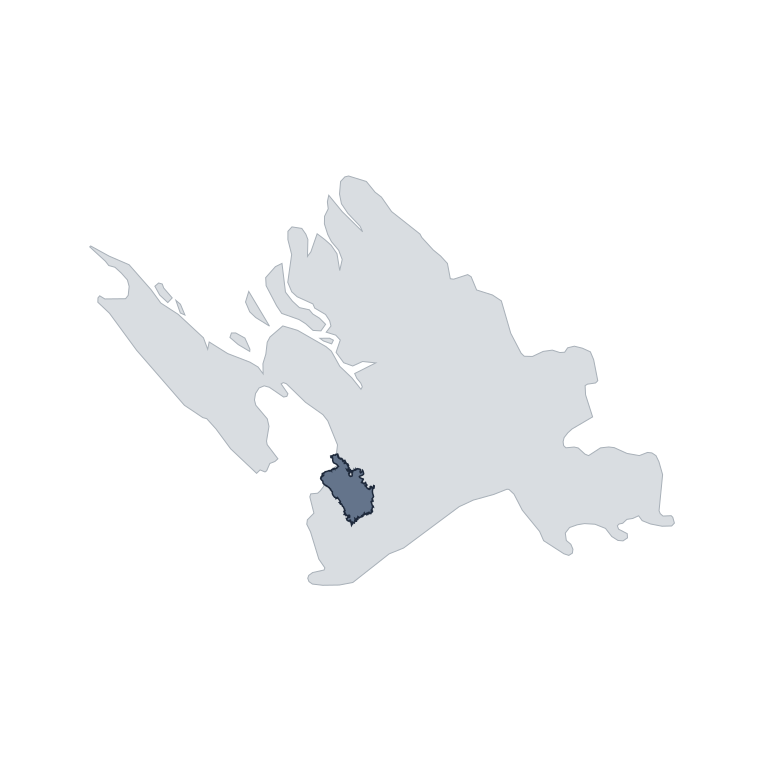 location of Habiganj, Sylhet, Bangladesh, rotated 145°
{"feature_id": "16705992B7772300815487", "entity_name": "Habiganj", "entity_type": "district", "adm_level": 2, "iso_a3": "BGD", "parent_name": "Bangladesh", "parent_adm1": "Sylhet", "projection": "natural_earth1", "projection_center": [91.398, 24.335], "detail": "fine", "context": "in_parent", "style": "filled", "palette": "slate", "viewbox_px": 768, "rotation_deg": 145, "n_neighbors": 0, "source": "geoboundaries", "source_scale": "gbopen_adm2", "svg_char_len": 9743}
<svg xmlns="http://www.w3.org/2000/svg" viewBox="0 0 768 768"><g transform="rotate(145 384 384)"><path d="M278.9,538.6L278.9,520.9L268.5,486.2L269.0,482.4L266.8,465.6L264.2,456.3L262.9,446.4L269.3,432.2L266.8,429.9L252.7,425.6L251.1,421.9L254.2,407.9L244.1,394.7L240.2,384.8L251.1,352.8L254.0,330.6L253.2,326.3L246.6,321.4L234.9,319.4L226.7,315.2L221.9,308.9L217.8,306.4L212.8,308.3L206.4,305.8L201.0,299.6L196.5,292.0L198.3,283.7L207.0,264.1L210.1,263.5L217.5,267.2L220.2,267.3L225.1,259.5L232.0,237.4L255.6,239.3L261.3,238.6L267.2,236.8L270.4,234.0L272.2,230.5L271.6,227.4L264.4,223.3L261.6,220.2L259.6,211.3L257.5,208.0L243.3,207.5L236.0,203.5L231.9,199.8L224.8,187.8L215.9,178.9L207.4,176.8L204.1,173.9L202.3,169.3L203.4,162.6L207.8,149.9L231.4,122.4L232.1,119.3L231.2,115.8L224.3,111.4L223.9,109.2L225.9,103.5L229.8,102.7L237.8,108.0L246.0,116.5L250.9,124.0L251.0,130.0L257.4,131.2L262.7,133.8L268.3,133.0L271.8,134.5L274.2,134.0L275.1,130.5L270.6,121.9L272.8,118.3L278.2,118.4L282.1,121.7L284.9,128.4L285.4,138.7L291.6,148.1L299.9,154.7L306.4,157.8L314.3,160.0L321.0,157.9L324.4,151.3L322.9,145.5L324.0,140.3L326.7,137.4L330.9,137.6L334.0,141.7L343.1,164.1L341.1,174.0L343.1,201.2L340.7,219.2L342.1,226.0L343.7,227.3L357.5,230.6L377.5,237.7L392.8,240.4L462.0,238.4L477.2,241.9L523.4,239.3L536.0,245.0L549.7,254.3L557.4,261.2L558.8,265.2L557.9,268.6L555.4,270.4L550.6,270.5L539.8,266.0L537.9,267.3L537.8,278.0L529.0,305.0L527.7,313.4L524.7,316.7L515.5,318.4L509.5,334.1L507.0,336.0L501.0,332.6L497.3,333.1L492.6,334.6L487.9,338.2L484.6,342.7L481.0,344.3L468.0,344.0L465.5,351.3L457.0,360.8L451.2,386.1L451.6,393.9L458.8,414.0L463.8,440.2L465.7,442.9L468.2,443.1L468.3,431.1L470.7,429.6L473.7,430.9L479.8,447.1L483.2,451.2L488.6,452.4L494.7,449.9L499.3,445.2L501.2,440.1L499.6,422.4L502.5,415.3L513.0,404.6L514.5,401.3L513.8,383.6L517.8,383.1L523.1,384.4L529.9,380.2L531.9,380.2L534.8,384.7L539.6,383.9L546.8,418.9L547.4,443.6L549.1,457.3L551.7,460.4L559.7,481.0L567.3,553.5L568.3,599.4L571.5,615.1L568.9,618.6L566.3,619.3L563.9,613.8L546.8,602.1L542.7,603.3L536.8,610.1L534.5,616.4L535.5,625.2L537.4,633.9L541.5,638.9L541.8,644.4L546.4,665.1L545.1,665.3L535.8,646.4L524.4,627.9L520.7,594.7L520.4,578.3L512.6,559.0L505.4,525.4L508.5,513.6L503.1,518.7L494.6,498.6L481.3,478.8L477.4,470.1L477.2,461.6L471.5,470.1L463.7,476.2L455.7,485.2L450.4,487.9L433.6,489.6L424.0,477.5L410.1,447.9L408.3,441.2L410.1,423.8L406.8,407.4L405.9,392.9L403.4,394.1L402.5,398.1L403.0,404.2L402.0,409.4L378.6,406.0L388.6,414.7L399.3,416.7L404.8,424.5L405.1,437.4L394.6,445.1L395.5,451.7L401.6,459.6L394.2,461.9L392.2,467.1L392.0,474.5L397.2,485.9L396.3,490.4L405.1,505.3L406.7,512.4L404.5,522.5L385.4,543.0L379.9,557.4L375.1,564.2L369.3,565.5L362.1,558.6L362.1,551.6L363.5,546.0L373.5,532.4L368.1,534.2L352.6,545.4L349.7,536.4L347.7,528.0L347.8,517.7L355.2,502.3L346.8,510.0L344.4,519.6L345.4,530.8L344.3,538.8L341.0,549.3L336.5,555.5L329.2,559.5L325.9,565.7L321.0,570.3L319.4,549.2L314.2,520.9L313.1,526.9L315.7,544.6L315.5,556.0L311.5,565.1L303.4,574.8L297.3,576.1L293.7,574.7L282.3,560.0L281.3,546.2L278.9,538.6ZM419.9,539.0L405.7,542.4L398.4,541.3L412.0,515.8L411.5,504.4L409.5,495.1L402.6,487.6L402.2,482.2L399.1,474.9L397.6,466.4L405.2,463.7L411.4,468.6L413.6,478.3L416.6,485.5L427.3,500.5L427.1,509.7L424.2,532.1L419.9,539.0ZM450.4,530.6L441.7,537.4L444.6,497.1L451.0,512.1L452.6,520.1L450.4,530.6ZM483.5,510.5L479.7,513.3L476.2,510.9L471.6,501.4L473.9,489.4L475.3,487.7L480.8,499.9L483.5,510.5ZM515.6,595.5L510.7,596.0L508.3,593.1L509.4,589.0L508.1,576.0L514.4,574.7L516.7,585.6L515.6,595.5ZM510.1,559.0L506.5,571.9L505.0,566.1L507.5,554.7L510.1,559.0ZM408.9,454.0L410.3,458.2L402.4,452.8L400.3,448.9L403.9,446.9L408.9,454.0Z" fill="#d9dde1" stroke="#a8b0b8" stroke-width="1"/><path d="M462.6,353.2L462.9,353.3L463.0,353.5L463.8,354.0L464.5,353.6L464.8,353.9L465.0,353.8L465.9,354.8L466.4,354.6L466.9,354.9L467.6,354.4L467.7,354.7L468.6,355.5L469.0,355.5L469.0,355.1L468.9,355.0L469.1,354.8L468.9,354.8L468.9,354.5L468.8,354.4L469.0,354.2L468.8,354.0L469.0,353.9L468.6,353.6L468.8,353.4L468.6,353.3L468.7,353.1L468.5,352.8L470.0,350.6L470.4,349.0L470.4,348.2L468.8,345.3L468.6,342.6L469.7,342.6L470.8,342.2L470.8,342.4L471.0,342.5L471.7,342.4L472.8,342.7L473.0,342.5L473.0,343.2L473.2,343.3L474.0,343.1L474.2,343.6L474.7,343.2L475.2,343.7L475.8,343.7L476.0,343.5L476.5,343.5L476.7,343.2L476.7,343.4L476.9,343.3L477.8,343.8L478.2,343.6L478.4,343.8L478.2,344.2L478.6,344.6L479.5,344.7L482.4,345.7L482.5,345.9L483.5,345.6L484.8,345.8L484.9,345.3L485.5,345.9L485.8,346.0L485.9,345.8L486.3,345.7L486.5,345.0L486.8,344.9L486.8,344.6L486.4,344.4L486.2,344.0L486.6,344.0L486.5,343.7L487.2,343.7L487.3,343.8L487.9,344.2L488.2,343.8L488.3,343.9L488.6,343.7L488.7,343.8L488.8,343.6L489.0,343.7L489.3,343.2L489.6,343.4L490.0,343.1L490.0,342.7L490.3,342.1L490.1,340.5L489.8,339.6L490.8,337.8L490.6,336.2L490.3,335.9L490.3,334.8L490.0,334.5L489.9,333.9L489.4,333.7L489.5,333.4L489.4,332.8L489.0,332.5L488.6,330.8L488.2,330.5L488.4,329.8L488.2,329.0L488.0,328.8L488.1,328.4L488.5,328.1L488.3,327.5L488.3,326.1L488.1,325.3L489.0,324.2L489.5,322.8L489.5,320.5L489.4,319.5L488.8,318.9L488.6,318.0L489.0,317.7L488.5,317.5L488.5,317.9L487.2,317.8L487.1,312.7L487.3,312.5L488.6,312.6L488.4,312.0L488.5,311.5L488.3,311.4L488.6,310.9L488.4,310.3L488.0,310.2L487.8,310.5L487.6,310.1L487.8,309.1L487.8,308.4L488.1,308.0L487.7,306.4L488.0,305.4L488.0,305.2L487.8,305.2L488.0,305.1L488.2,304.6L488.0,304.2L488.8,303.1L488.6,302.9L488.6,302.7L489.3,302.8L489.5,302.5L489.8,302.5L489.6,301.9L489.7,301.7L490.1,301.7L490.2,301.0L489.8,300.7L489.8,300.1L490.0,300.0L490.7,300.4L490.9,300.3L490.8,300.1L491.4,299.9L491.2,299.7L490.8,299.4L490.7,298.9L490.3,298.9L490.5,298.0L489.8,298.1L489.5,297.2L489.5,296.9L488.9,296.8L489.4,296.3L489.4,295.9L488.8,295.6L487.7,296.3L487.6,296.1L487.9,295.3L488.4,294.9L488.7,294.5L489.4,295.1L489.3,295.7L489.5,295.8L489.8,295.7L489.5,295.3L489.6,295.2L490.0,295.4L490.5,295.1L491.3,295.0L491.9,295.4L492.1,294.4L492.4,294.0L492.0,293.1L491.9,292.2L491.4,291.9L491.1,292.1L490.4,292.1L489.5,291.7L489.6,291.4L490.7,290.6L490.7,290.3L490.2,290.0L490.3,289.6L490.2,289.1L490.9,288.6L491.6,286.9L491.2,287.1L491.0,287.4L489.9,287.4L489.6,287.6L489.4,287.9L489.5,289.1L489.2,289.2L488.1,287.4L487.9,287.9L487.0,287.8L486.3,288.2L486.1,288.5L486.3,288.8L486.2,289.0L485.6,288.7L485.7,287.7L485.3,287.4L484.4,288.4L484.5,288.7L484.9,288.8L485.1,289.0L485.2,289.8L485.0,290.3L484.8,289.5L483.7,288.4L483.5,289.0L483.1,288.2L482.9,288.2L482.5,289.4L481.8,290.0L481.7,289.1L481.3,288.7L481.1,288.7L481.0,289.2L480.7,288.4L479.9,288.6L478.5,288.0L478.3,288.4L477.5,287.8L477.4,287.8L477.4,288.5L476.9,288.0L476.0,289.1L475.8,289.0L475.8,288.4L475.2,288.2L474.6,288.3L474.4,288.6L474.5,289.1L474.3,289.6L474.1,289.7L474.2,289.1L473.8,288.7L473.8,288.0L473.6,288.0L473.2,287.6L473.0,287.9L472.8,287.9L473.0,286.7L472.0,286.9L471.8,287.8L471.4,287.5L470.7,287.8L470.5,287.7L470.6,287.2L470.3,287.5L469.9,287.5L470.0,287.1L469.6,286.6L470.1,286.2L469.1,285.4L468.4,285.9L466.7,286.0L466.5,286.3L467.2,286.6L467.4,287.0L466.7,288.1L466.3,288.2L466.1,287.5L465.7,288.3L463.6,290.2L463.2,289.4L462.9,290.1L463.3,291.1L462.1,295.0L461.8,295.1L460.9,295.1L460.4,294.8L460.5,294.2L460.3,294.2L459.7,295.4L459.9,296.0L459.8,296.7L457.2,297.7L456.6,299.1L456.2,300.6L455.3,302.4L453.4,304.7L452.8,305.0L452.4,304.4L452.0,304.4L450.8,305.6L450.4,306.3L450.7,306.7L451.2,306.1L451.8,305.8L453.9,306.2L454.1,306.6L453.5,306.6L453.2,307.2L453.4,307.3L453.7,307.8L454.4,307.7L454.4,306.9L454.9,306.3L456.0,306.9L455.7,306.0L456.2,305.9L456.6,306.1L457.1,307.0L457.5,308.2L457.5,310.1L457.9,311.5L457.7,311.6L456.6,310.8L455.9,311.0L456.1,312.3L455.6,313.9L456.2,313.9L455.9,313.5L456.0,313.2L456.7,313.6L457.0,313.4L457.5,313.5L458.0,314.3L458.0,314.6L457.9,314.8L458.1,315.0L459.0,316.2L458.6,316.5L457.9,316.1L457.5,316.9L456.9,317.5L456.1,317.4L455.5,317.9L455.5,318.2L456.2,319.0L457.3,320.7L457.5,321.8L457.3,322.3L456.8,322.4L454.3,321.8L453.4,321.7L452.6,321.8L452.0,322.4L451.2,324.6L451.1,325.6L453.2,324.6L454.1,324.6L454.2,324.8L453.9,325.9L452.3,327.3L452.6,328.1L453.7,329.1L454.0,329.7L454.7,329.8L454.9,330.0L455.3,329.8L455.7,330.1L456.1,329.9L456.2,330.0L456.1,330.3L456.5,330.0L456.7,330.3L457.2,330.3L457.3,330.1L457.6,330.3L457.6,330.6L457.8,330.3L458.2,330.4L458.4,330.7L459.1,330.8L459.9,331.4L459.9,331.0L460.2,331.3L460.3,330.9L460.4,331.2L461.0,331.2L461.4,331.3L461.5,330.7L461.0,330.5L461.3,329.6L461.3,329.3L461.6,328.9L461.6,328.7L462.0,327.8L462.3,327.8L462.7,327.1L463.2,327.0L464.3,327.4L464.3,327.6L464.6,327.7L464.7,328.8L464.9,328.8L464.9,329.5L464.6,329.7L464.5,330.3L464.5,330.7L464.4,330.8L464.3,330.6L464.2,330.6L463.8,330.6L463.8,331.0L463.3,330.9L463.1,331.6L462.5,331.4L462.4,332.3L461.9,332.3L461.7,331.8L461.3,331.9L461.3,332.6L461.0,332.7L461.1,333.0L460.7,333.3L460.8,333.7L461.4,334.1L461.9,334.0L462.1,333.6L462.3,333.8L462.4,333.3L463.0,333.8L463.0,333.4L463.6,333.3L463.8,334.3L463.6,335.3L463.3,334.6L463.0,334.5L462.4,335.0L461.3,335.0L461.3,335.5L460.7,335.4L460.6,337.8L459.9,337.7L460.0,338.6L459.5,338.8L459.6,339.4L460.3,339.4L460.3,341.1L461.5,341.3L462.0,341.7L461.8,341.9L461.2,341.7L461.3,342.2L460.2,342.1L459.9,343.9L460.5,343.9L460.9,344.4L461.1,344.0L462.0,344.0L462.0,344.7L461.7,344.7L461.6,345.5L461.2,346.1L461.3,346.4L461.5,346.6L461.3,346.9L461.3,347.2L461.4,347.3L461.4,347.2L462.1,347.2L462.3,347.4L462.6,347.4L462.9,347.6L462.9,348.8L463.1,348.8L463.2,349.1L463.5,349.2L463.6,350.3L463.4,350.5L463.1,350.4L462.9,350.6L463.0,350.8L463.3,350.9L463.2,351.5L462.9,352.0L462.7,351.8L462.7,352.2L462.4,352.3L462.1,353.0L462.3,353.3L462.6,353.2Z" fill="#64748b" stroke="#1e293b" stroke-width="1.5"/></g></svg>